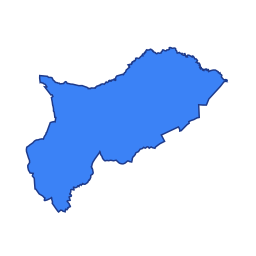 Tancanhuitz, San Luis Potosí, Mexico (Mercator projection), rotated 83°
{"feature_id": "50627088B4540713417928", "entity_name": "Tancanhuitz", "entity_type": "district", "adm_level": 2, "iso_a3": "MEX", "parent_name": "Mexico", "parent_adm1": "San Luis Potosí", "projection": "mercator", "projection_center": [-98.957, 21.641], "detail": "fine", "context": "isolated", "style": "filled", "palette": "blue", "viewbox_px": 256, "rotation_deg": 83, "n_neighbors": 0, "source": "geoboundaries", "source_scale": "gbopen_adm2", "svg_char_len": 5696}
<svg xmlns="http://www.w3.org/2000/svg" viewBox="0 0 256 256"><g transform="rotate(83 128 128)"><path d="M93.7,25.1L93.3,25.5L93.1,25.3L93.1,24.8L93.4,24.0L93.1,23.8L92.6,23.8L92.0,24.6L91.8,25.6L91.9,26.7L91.7,27.1L88.9,29.0L88.5,29.0L87.4,28.5L86.8,28.6L85.3,30.2L84.9,29.9L84.4,30.0L84.6,30.5L84.1,31.6L83.2,31.6L81.2,34.1L80.9,35.8L80.9,37.1L81.2,39.3L81.8,40.9L79.9,41.1L80.0,41.5L80.6,42.0L80.7,42.3L80.4,42.6L79.1,42.7L78.9,43.5L79.6,43.9L79.1,45.2L80.2,45.7L79.6,46.8L78.8,46.6L78.2,47.3L78.1,47.8L78.3,48.6L78.1,48.8L77.6,48.0L76.9,47.9L76.7,48.2L76.8,49.3L76.4,49.5L76.0,48.7L75.1,48.8L74.3,49.6L74.1,48.8L73.1,49.1L72.1,49.7L72.3,50.2L72.1,51.1L71.7,51.1L71.2,51.5L71.0,52.2L69.7,50.8L69.1,51.0L68.9,51.3L68.1,51.6L67.7,52.1L67.5,53.3L65.9,53.8L64.6,54.7L64.4,55.1L64.4,55.4L65.3,55.7L63.4,58.2L62.9,59.6L63.6,60.7L64.7,60.4L64.5,61.7L61.1,62.5L61.1,62.9L62.0,62.5L62.4,62.4L62.8,62.7L62.5,64.4L61.4,64.7L60.7,65.1L61.2,65.9L60.5,66.1L60.2,66.5L60.1,67.3L59.2,67.9L59.7,69.4L59.5,70.1L57.5,70.3L56.7,71.0L56.2,71.1L55.3,71.0L54.7,71.3L54.3,72.1L54.3,74.6L53.8,75.1L53.3,76.1L53.2,76.8L53.4,77.3L54.0,77.4L54.6,77.1L55.0,77.4L55.3,78.3L55.3,80.1L55.9,80.5L56.0,81.1L55.8,82.0L54.9,83.2L54.7,84.0L55.0,84.3L56.0,84.8L56.7,85.8L57.4,85.9L57.7,87.5L57.2,88.7L57.1,89.1L57.8,90.3L57.3,91.3L56.6,91.6L56.2,92.2L56.2,92.7L56.0,93.0L55.0,93.4L55.1,93.8L54.9,94.1L54.4,94.0L53.5,94.6L53.3,95.2L52.7,95.6L52.5,96.3L53.0,96.9L53.1,99.2L52.6,99.7L52.7,100.1L53.7,100.9L54.9,101.2L55.0,101.6L54.7,101.8L55.0,102.4L55.5,102.6L56.1,102.4L56.4,102.8L56.3,104.2L56.8,104.8L57.1,104.9L58.1,104.4L58.1,104.8L57.9,105.4L58.1,105.9L58.6,106.4L58.7,106.8L59.1,107.2L59.8,107.9L60.3,108.8L59.7,110.6L59.6,111.3L59.8,111.9L60.4,111.8L61.8,112.6L62.1,112.9L61.9,113.7L62.8,114.1L62.7,115.2L62.9,115.7L63.3,116.0L63.4,115.7L63.8,115.8L64.1,116.4L64.5,116.4L65.2,116.7L65.3,117.1L64.9,117.7L65.0,118.3L65.3,118.6L65.2,120.0L65.3,120.3L65.6,120.1L65.9,119.2L66.2,119.0L66.6,119.0L67.1,119.6L67.4,119.4L67.5,119.1L68.0,119.1L68.4,120.1L69.7,121.8L70.1,122.6L72.3,123.7L72.7,124.7L74.5,126.0L74.5,126.3L74.0,126.5L75.0,132.8L75.9,133.7L77.3,134.4L78.8,134.3L79.2,134.6L79.1,135.2L78.6,135.5L77.9,135.5L77.7,135.7L77.8,136.0L78.3,136.1L78.4,136.7L78.4,138.2L79.2,138.7L78.8,139.2L78.6,139.9L79.3,139.9L79.3,140.3L78.7,140.8L78.7,141.2L79.6,141.8L80.3,142.7L80.1,143.9L79.7,144.1L81.7,146.2L81.2,147.3L81.1,148.5L81.6,149.3L81.4,149.8L81.5,150.1L81.6,150.3L82.3,150.5L82.4,150.8L82.2,151.1L82.2,151.8L82.6,152.9L82.5,153.6L83.1,154.1L83.3,154.9L84.3,155.5L84.0,155.9L84.3,156.5L83.8,159.5L84.3,160.4L84.0,160.7L84.3,161.2L83.8,162.1L84.0,162.5L83.6,162.5L83.2,163.2L82.4,164.0L82.3,164.5L80.3,168.4L80.0,171.6L77.8,177.5L77.4,179.6L76.6,181.6L76.4,182.9L75.3,183.3L74.7,183.7L74.4,184.4L75.1,185.7L76.0,186.4L75.9,190.2L75.7,190.5L75.1,190.8L74.9,192.1L74.4,192.7L73.8,194.6L73.0,194.9L71.2,196.5L69.0,197.2L68.4,198.3L68.1,200.7L66.9,201.6L65.2,209.2L67.7,209.6L72.2,209.6L72.0,209.1L72.7,207.9L73.0,207.0L74.1,205.8L74.6,204.8L77.3,203.5L77.5,204.0L77.0,205.7L85.8,200.5L85.6,199.9L85.9,199.2L87.5,198.7L87.9,199.1L88.4,200.3L93.0,200.0L96.0,200.0L97.6,199.7L100.0,199.6L102.1,199.9L103.3,199.3L108.6,199.3L108.8,198.4L109.0,198.4L113.0,199.6L112.6,200.6L112.8,201.3L112.7,201.8L112.9,203.2L113.2,204.5L122.6,209.3L123.0,210.0L124.0,210.1L126.4,212.2L128.7,213.3L128.3,214.7L128.4,216.9L128.8,218.7L128.7,220.0L128.9,221.0L129.6,222.5L131.1,224.2L132.9,227.6L133.8,228.9L134.6,230.7L134.9,230.9L137.0,231.5L139.0,231.6L145.6,230.4L148.2,229.7L150.4,229.9L152.9,232.0L154.8,232.2L157.8,231.9L159.5,231.1L160.7,230.7L161.5,227.6L163.9,228.8L166.2,227.3L166.8,227.2L172.0,227.5L177.2,227.7L177.5,226.9L182.6,224.2L185.0,221.0L186.8,219.7L187.3,219.0L189.4,219.9L189.9,219.4L189.5,216.9L188.4,213.4L187.7,212.5L188.2,212.2L189.4,212.4L192.3,211.9L193.4,212.4L198.8,209.6L202.2,207.7L202.9,207.1L201.3,204.8L201.8,203.4L202.6,202.8L203.5,200.6L201.8,200.2L201.0,199.6L201.7,198.6L200.1,197.1L199.7,197.2L199.0,194.8L198.5,194.8L197.9,195.3L197.6,195.2L197.3,195.5L196.4,195.5L196.1,195.6L193.8,197.1L193.2,197.3L192.8,196.7L192.8,194.4L192.7,194.2L189.3,194.9L189.0,194.5L189.0,193.2L188.7,192.6L187.9,192.4L187.5,192.6L186.6,193.6L186.5,193.9L186.3,193.9L186.0,193.4L184.5,192.6L182.4,192.3L182.2,191.7L182.2,190.8L182.8,189.7L182.8,189.1L180.2,189.3L180.1,189.0L180.6,188.2L180.8,187.5L180.7,186.6L180.1,185.2L179.9,185.0L179.5,184.9L180.1,183.9L179.4,183.9L179.5,183.5L178.3,182.2L178.4,181.6L179.0,181.3L178.3,180.7L178.3,179.9L177.7,179.7L178.5,178.4L178.5,177.3L177.1,174.6L176.1,174.1L175.1,172.9L174.8,173.0L174.6,172.7L174.8,172.5L173.8,171.7L172.2,170.9L170.6,170.8L169.6,169.4L169.7,169.0L168.5,168.1L167.5,168.0L166.4,168.2L165.5,168.1L163.4,168.5L163.3,168.9L162.0,169.1L161.8,169.1L161.6,168.7L160.3,168.3L158.6,167.6L157.5,166.9L155.1,165.0L149.1,159.5L148.0,158.8L148.5,158.6L151.0,158.4L153.0,157.3L154.7,157.0L156.4,156.2L157.4,155.3L157.8,154.8L157.6,152.9L158.1,151.2L157.9,149.0L158.8,146.3L158.5,143.7L161.4,141.3L162.3,140.0L162.9,138.2L163.0,137.2L162.6,135.5L162.2,134.7L160.7,132.5L160.9,131.3L161.5,130.7L162.2,128.5L159.8,127.6L158.7,127.4L157.2,126.4L156.4,125.2L155.1,124.0L153.9,123.5L153.4,122.7L152.7,120.5L150.5,118.6L150.2,116.4L149.1,114.7L149.7,114.1L150.1,113.1L149.3,111.9L149.0,111.0L149.3,110.3L150.6,109.4L149.6,107.3L150.5,106.2L151.4,103.7L150.2,103.0L147.9,99.0L147.4,98.0L145.7,93.3L139.0,95.8L133.1,77.9L134.5,77.2L136.1,76.8L137.3,77.0L137.1,75.5L131.9,69.0L130.7,66.7L129.1,66.9L128.3,64.7L127.7,61.7L126.4,58.3L126.2,56.0L113.5,55.0L114.3,51.1L114.8,47.4L109.0,44.2L98.0,31.3L94.0,27.3L93.5,26.0L93.7,25.1Z" fill="#3b82f6" stroke="#1e3a8a" stroke-width="1.5"/></g></svg>